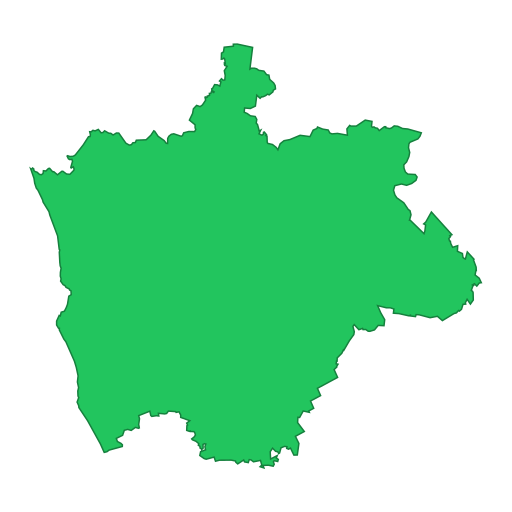 outline of Cazones de Herrera, Veracruz, Mexico, rotated 180°
{"feature_id": "50627088B60977128263275", "entity_name": "Cazones de Herrera", "entity_type": "district", "adm_level": 2, "iso_a3": "MEX", "parent_name": "Mexico", "parent_adm1": "Veracruz", "projection": "robinson", "projection_center": [-97.287, 20.709], "detail": "fine", "context": "isolated", "style": "filled", "palette": "green", "viewbox_px": 512, "rotation_deg": 180, "n_neighbors": 0, "source": "geoboundaries", "source_scale": "gbopen_adm2", "svg_char_len": 5999}
<svg xmlns="http://www.w3.org/2000/svg" viewBox="0 0 512 512"><g transform="rotate(180 256 256)"><path d="M407.8,59.6L405.0,60.3L402.9,61.9L389.7,65.5L389.6,67.2L391.0,68.6L394.6,70.5L395.7,73.6L389.4,76.7L387.7,81.7L384.3,82.6L380.8,81.6L376.6,84.6L373.5,83.7L372.7,84.1L373.3,87.6L372.5,93.2L373.3,96.4L362.2,100.8L361.2,96.5L360.2,95.6L355.6,96.3L353.2,96.0L353.6,98.7L347.3,98.1L345.4,98.5L343.6,100.9L336.3,100.4L335.9,99.6L333.0,100.2L331.3,97.0L331.3,94.6L322.2,91.3L325.3,88.9L324.4,86.9L325.1,86.3L325.3,81.6L322.7,80.7L321.8,81.0L321.7,80.5L318.0,80.4L317.1,79.0L316.6,76.9L317.9,75.0L320.3,73.1L319.6,72.2L316.0,70.7L313.2,68.3L313.7,66.8L312.1,65.7L311.9,63.9L310.7,63.3L310.4,62.4L308.9,63.8L309.0,67.6L307.4,68.3L306.2,68.0L307.1,65.3L306.4,62.2L311.4,60.3L312.2,56.5L307.8,53.4L305.8,52.8L297.9,54.9L296.5,50.8L292.5,51.8L280.8,51.9L276.5,51.0L276.2,49.8L274.3,48.1L268.3,52.0L267.5,50.1L263.7,49.4L262.8,52.4L261.0,52.1L258.5,50.2L251.5,51.6L250.2,46.9L251.9,45.3L248.1,44.1L249.0,46.6L243.6,46.8L238.8,45.8L237.8,47.7L238.6,50.2L237.8,51.3L234.3,50.5L233.7,52.6L235.7,54.0L234.8,56.4L241.4,53.0L241.8,60.3L239.4,63.8L236.4,60.7L234.2,60.2L233.3,58.5L232.4,59.0L231.0,64.2L227.5,65.6L225.0,65.3L225.3,63.6L223.4,62.8L221.5,63.9L218.1,56.9L214.7,57.0L213.1,68.5L216.6,75.7L207.7,80.5L214.4,89.4L214.1,94.7L212.4,94.5L208.8,101.0L202.7,99.7L203.3,101.0L198.3,103.7L201.5,111.0L191.4,116.4L194.6,123.7L174.4,134.6L177.9,142.4L175.2,145.0L175.4,145.5L174.0,147.8L175.9,148.2L175.5,151.0L174.9,150.9L174.8,154.1L170.2,158.7L168.6,162.1L168.2,161.7L162.6,171.3L158.2,177.4L157.7,180.3L159.1,185.6L157.8,187.4L153.1,182.3L149.4,183.6L149.0,182.4L146.2,182.5L143.9,180.8L142.1,180.7L137.5,182.1L133.8,186.6L128.0,186.3L127.3,192.3L131.3,199.3L134.4,206.4L125.6,204.2L121.7,204.2L118.1,203.0L118.6,198.8L113.0,198.4L103.3,196.2L101.8,196.7L102.0,196.1L96.5,195.4L95.9,197.4L92.8,197.2L81.9,194.3L74.6,195.7L69.6,191.4L57.9,198.5L55.6,199.1L53.4,201.5L52.6,200.9L50.5,202.7L49.0,207.7L46.3,207.9L46.6,209.4L44.9,212.7L41.6,207.9L38.7,212.0L38.9,219.4L39.4,220.7L40.7,221.5L39.2,225.9L38.4,226.6L39.5,227.1L37.6,228.3L35.2,225.9L32.7,229.0L30.7,229.3L32.8,233.8L36.9,237.0L36.1,241.7L35.7,241.6L35.9,244.9L38.5,252.0L38.0,252.8L44.7,260.1L46.6,253.0L47.4,253.3L49.0,254.5L49.6,258.5L54.6,260.7L54.3,266.3L59.4,264.7L61.3,268.6L61.6,270.8L62.4,271.0L63.2,273.4L61.5,275.4L62.2,276.3L60.1,277.3L80.6,300.0L86.2,290.0L88.3,288.1L86.4,287.1L87.1,281.1L88.0,278.3L101.8,291.8L102.5,291.8L101.0,297.2L102.0,301.3L103.8,302.6L108.2,309.2L115.2,314.2L117.1,317.1L118.5,321.8L117.2,326.3L110.6,328.0L105.4,326.7L100.3,328.5L96.0,331.7L94.9,335.0L96.8,337.5L104.2,337.9L106.6,340.0L108.0,343.8L108.2,347.2L105.4,350.1L103.1,355.4L102.3,359.6L103.5,364.2L103.1,368.1L102.1,369.7L94.1,373.1L92.0,375.8L90.7,379.2L104.2,383.0L109.5,383.5L114.2,385.7L117.8,386.1L120.5,384.0L122.5,383.4L126.4,384.3L126.3,385.3L127.6,385.3L132.8,381.4L134.5,383.7L136.9,384.2L138.0,385.1L139.6,384.7L140.5,385.7L140.0,390.6L146.8,391.9L155.7,385.9L161.2,385.9L162.3,386.6L165.1,383.1L164.6,376.8L174.5,378.6L180.0,378.1L182.2,379.0L183.8,382.0L189.3,382.9L194.5,385.0L195.1,383.5L198.8,381.9L202.0,375.4L211.9,376.7L222.2,372.4L228.0,371.3L231.8,368.3L234.1,362.2L235.8,364.6L239.5,367.5L244.2,368.6L244.8,369.7L245.0,375.9L246.2,376.4L245.5,377.3L247.7,380.0L248.5,379.7L248.7,377.7L250.1,376.8L253.0,378.2L251.3,381.8L253.4,380.6L252.8,381.3L254.5,387.5L255.8,388.9L255.2,392.5L256.8,395.5L261.6,396.2L264.8,398.5L267.8,399.8L267.4,404.0L261.7,403.5L256.6,405.9L255.2,416.8L251.9,413.7L250.3,415.3L249.3,415.1L246.3,416.4L244.6,417.8L242.8,417.1L239.1,420.1L238.7,421.8L236.5,423.1L236.9,426.5L238.3,429.0L242.3,432.6L243.1,436.9L245.4,437.3L248.1,440.9L253.3,441.7L255.3,443.2L257.6,443.8L260.6,443.8L262.1,442.9L259.4,464.6L274.7,467.9L278.7,467.8L278.6,465.8L287.8,464.8L288.5,460.1L290.5,458.9L290.7,452.8L289.2,453.0L288.1,453.9L287.3,453.0L286.7,448.4L287.6,448.9L287.6,447.5L287.2,446.5L284.9,445.7L287.7,441.3L286.8,436.5L287.2,432.1L289.0,431.8L290.5,433.3L292.5,431.0L291.1,430.1L292.2,425.9L294.4,427.1L297.4,427.4L299.3,423.8L300.3,423.1L300.0,421.5L297.9,420.1L298.3,419.5L300.5,420.7L301.2,418.6L302.6,418.6L302.5,416.6L304.7,415.9L304.6,414.9L305.5,414.4L306.2,415.1L307.0,414.8L306.4,411.8L309.6,407.0L311.9,405.4L315.4,406.6L318.6,403.2L319.4,398.6L322.6,391.9L316.9,387.2L316.9,384.1L316.2,382.6L317.4,380.4L323.2,380.5L328.3,379.2L329.5,376.5L330.7,375.7L338.2,378.2L340.7,377.7L343.1,375.8L344.3,373.6L344.4,368.5L345.9,368.8L347.8,371.4L353.9,375.7L357.3,380.7L358.2,381.2L361.1,376.8L365.9,372.2L375.7,371.8L376.6,369.5L379.2,369.2L380.6,367.3L382.7,366.9L386.1,368.8L393.2,378.9L395.6,379.0L398.9,377.0L401.2,378.7L403.2,378.8L407.4,381.2L409.0,379.5L410.9,379.2L413.7,382.6L416.9,381.1L419.1,381.7L420.8,380.2L422.3,380.3L421.6,377.2L421.9,375.5L423.5,375.3L428.7,367.2L436.7,357.0L438.8,355.7L442.1,355.5L444.4,356.3L444.9,355.9L443.6,353.2L442.3,352.4L440.1,352.7L439.5,350.6L441.2,344.6L440.8,344.0L438.7,345.2L437.9,343.0L438.2,341.7L442.1,337.7L445.5,338.0L449.1,340.7L450.2,340.7L454.5,337.2L458.2,340.3L459.4,340.3L462.4,343.7L463.6,343.5L466.1,341.0L468.6,341.3L468.9,338.5L470.6,337.3L472.5,337.6L474.9,339.8L476.8,340.4L478.2,341.5L478.2,343.0L479.4,344.0L480.7,342.7L481.3,343.2L478.0,333.6L477.3,328.8L475.7,323.9L474.0,321.7L469.5,312.3L468.9,309.9L463.0,300.3L462.2,297.0L454.4,276.1L452.8,262.7L452.2,262.1L452.7,259.8L452.2,249.8L451.8,246.2L450.9,243.7L451.6,239.7L451.7,235.9L450.9,233.1L451.4,230.9L448.8,227.3L447.0,226.4L446.0,224.7L442.7,223.0L442.4,222.0L441.0,221.2L440.8,217.3L443.2,215.8L444.5,207.7L445.8,204.3L447.6,200.8L450.8,199.8L451.7,196.1L452.8,196.6L455.4,190.9L455.4,187.0L453.5,183.8L452.6,183.7L452.7,182.1L448.2,173.0L446.1,170.2L437.6,150.9L435.7,144.6L433.9,136.1L434.6,130.0L433.4,124.4L434.2,121.0L434.0,116.0L433.3,114.4L434.9,109.9L433.3,106.3L433.1,104.4L424.4,91.3L411.6,68.1L407.8,59.6Z" fill="#22c55e" stroke="#15803d" stroke-width="1.5"/></g></svg>